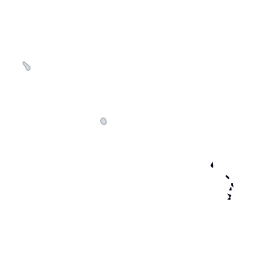 Laamu highlighted on a map of Maldives, rotated 300°
{"feature_id": "MDV-5239", "entity_name": "Laamu", "entity_type": "Atoll", "adm_level": 1, "iso_a3": "MDV", "parent_name": "Maldives", "parent_adm1": "", "projection": "mercator", "projection_center": [73.461, 1.946], "detail": "coarse", "context": "in_parent", "style": "filled", "palette": "ink", "viewbox_px": 256, "rotation_deg": 300, "n_neighbors": 0, "source": "natural_earth", "source_scale": "10m", "svg_char_len": 976}
<svg xmlns="http://www.w3.org/2000/svg" viewBox="0 0 256 256"><g transform="rotate(300 128 128)"><path d="M131.7,12.7L130.0,13.6L128.3,13.2L127.8,12.0L128.6,10.3L130.0,8.1L130.9,5.6L132.3,4.3L133.3,4.7L133.2,6.1L132.7,8.0L132.4,10.4L131.7,12.7ZM122.1,106.4L120.0,106.6L118.7,104.8L119.0,102.4L120.6,100.6L123.2,100.5L124.7,102.1L124.0,104.5L122.1,106.4Z" fill="#d9dde1" stroke="#a8b0b8" stroke-width="1"/><path d="M137.3,218.9L139.0,218.9L138.5,219.3L137.3,220.1L136.7,220.4L136.7,220.0L136.8,219.6L137.3,218.9ZM135.8,236.7L135.4,238.8L135.1,239.8L134.6,240.6L135.5,237.4L135.8,236.7ZM132.3,245.7L131.6,246.2L130.4,247.2L130.5,246.7L130.7,246.4L131.2,246.1L132.3,245.7ZM120.5,249.3L120.6,249.8L120.8,250.1L120.7,250.4L119.9,250.5L119.9,250.1L120.1,249.8L120.4,249.6L120.5,249.3ZM117.0,250.8L118.0,251.1L117.5,251.7L117.3,251.6L117.2,251.3L117.0,250.8ZM125.7,247.3L126.8,247.3L126.1,247.9L125.9,247.9L125.7,247.3Z" fill="#0f172a" stroke="#020617" stroke-width="1.5"/></g></svg>